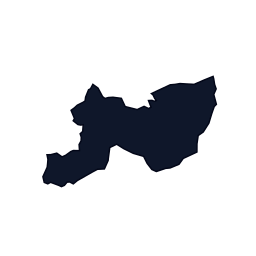 Tessaoua, Maradi, Niger (Robinson projection), rotated 65°
{"feature_id": "23599985B9962986153255", "entity_name": "Tessaoua", "entity_type": "district", "adm_level": 2, "iso_a3": "NER", "parent_name": "Niger", "parent_adm1": "Maradi", "projection": "robinson", "projection_center": [8.153, 13.835], "detail": "fine", "context": "isolated", "style": "filled", "palette": "ink", "viewbox_px": 256, "rotation_deg": 65, "n_neighbors": 0, "source": "geoboundaries", "source_scale": "gbopen_adm2", "svg_char_len": 1299}
<svg xmlns="http://www.w3.org/2000/svg" viewBox="0 0 256 256"><g transform="rotate(65 128 128)"><path d="M87.1,168.1L87.9,172.1L96.8,172.5L98.3,174.6L103.7,171.9L105.3,169.7L106.1,167.2L112.0,170.5L113.0,173.8L116.5,174.2L119.8,175.9L122.3,179.3L128.0,181.5L125.3,187.2L125.2,189.8L126.4,196.0L126.3,200.0L120.7,203.2L119.5,209.4L118.5,211.6L118.0,212.7L122.6,213.8L126.1,215.8L129.4,217.8L136.2,225.7L141.9,226.9L144.7,224.3L144.5,221.1L150.9,214.8L153.0,213.1L153.1,209.9L151.3,206.1L152.3,203.6L155.5,201.2L154.2,196.1L152.8,178.9L152.5,173.1L155.1,166.7L149.1,159.8L148.3,159.3L147.7,159.0L138.0,152.8L137.9,145.1L145.0,140.5L153.2,133.9L160.3,125.8L168.1,125.6L175.7,123.9L179.4,120.7L180.5,110.9L182.0,106.7L182.4,97.1L178.9,90.8L178.9,75.7L171.5,72.2L164.5,67.6L163.4,61.5L157.8,52.7L150.0,45.7L145.0,40.8L143.9,37.9L133.8,36.1L129.8,31.6L125.1,31.1L119.5,29.5L117.2,29.1L116.7,38.5L116.4,49.6L112.6,56.8L109.7,62.1L108.4,66.8L106.7,71.5L106.7,92.2L108.7,91.3L112.2,91.3L115.1,90.8L114.9,92.9L113.1,94.6L111.8,97.8L118.9,98.3L119.1,101.1L115.2,104.3L115.2,111.9L107.4,121.5L98.3,121.5L93.8,128.6L92.1,132.9L91.5,136.4L88.8,137.8L79.2,138.3L73.6,141.4L76.6,145.4L76.7,147.6L82.1,153.4L85.3,155.4L85.7,157.5L85.9,164.3L87.1,168.1Z" fill="#0f172a" stroke="#020617" stroke-width="1.5"/></g></svg>